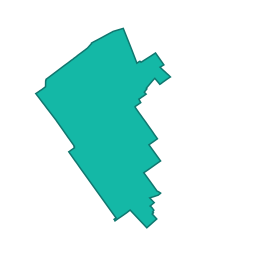 outline of Victoria, Braila, Romania, rotated 51°
{"feature_id": "2599482B65083865075040", "entity_name": "Victoria", "entity_type": "district", "adm_level": 2, "iso_a3": "ROU", "parent_name": "Romania", "parent_adm1": "Braila", "projection": "natural_earth1", "projection_center": [27.658, 44.813], "detail": "fine", "context": "isolated", "style": "filled", "palette": "teal", "viewbox_px": 256, "rotation_deg": 51, "n_neighbors": 0, "source": "geoboundaries", "source_scale": "gbopen_adm2", "svg_char_len": 2474}
<svg xmlns="http://www.w3.org/2000/svg" viewBox="0 0 256 256"><g transform="rotate(51 128 128)"><path d="M109.2,189.0L110.2,189.1L113.2,189.3L117.6,189.6L117.8,189.6L120.3,189.8L121.1,189.8L123.2,189.9L126.0,190.1L130.1,190.4L142.4,191.1L150.6,191.6L162.6,192.3L181.3,193.4L190.4,193.9L190.2,196.3L190.5,196.3L191.0,196.3L191.5,196.4L191.7,196.5L191.9,196.6L192.0,196.6L192.1,194.8L192.2,193.0L192.5,189.7L192.6,188.6L192.8,185.7L193.0,182.8L193.1,178.0L209.0,176.8L217.4,176.2L216.8,162.9L210.1,163.3L209.9,161.6L208.7,161.7L208.6,161.1L208.3,159.8L208.1,159.6L206.3,159.6L205.9,159.5L205.6,159.5L204.0,159.6L203.5,159.7L202.6,159.9L202.6,158.6L202.5,156.6L202.5,154.6L199.3,154.9L196.0,155.1L196.5,153.8L197.0,152.5L197.3,151.8L197.6,151.1L198.1,149.7L198.7,148.1L199.1,147.1L199.2,146.6L199.2,145.6L199.2,145.1L199.3,143.8L199.2,143.6L197.6,144.1L196.5,144.5L195.9,144.8L195.5,145.0L195.2,145.1L183.1,144.4L172.9,143.9L172.7,143.9L173.2,137.2L173.4,134.3L173.5,132.5L173.7,129.3L174.1,123.4L173.8,123.4L166.7,123.0L154.2,122.3L154.7,115.1L154.8,113.2L154.9,112.4L154.9,111.9L149.7,111.6L146.3,111.3L138.3,110.8L134.2,110.5L129.7,110.3L126.8,110.1L124.8,110.0L122.8,109.9L120.3,109.7L117.6,109.5L116.8,109.4L116.3,109.3L115.8,109.0L116.3,102.3L116.3,102.1L112.4,101.4L112.6,99.8L112.7,97.5L112.8,97.1L113.1,92.6L110.4,92.8L109.5,88.7L108.6,88.7L106.7,79.0L106.3,75.9L111.3,75.8L113.7,75.8L114.1,75.8L114.3,74.0L114.3,72.5L114.6,67.4L114.7,66.0L114.9,63.6L115.0,62.9L112.2,63.2L109.9,63.6L107.5,63.9L106.4,64.1L103.8,64.5L100.9,64.8L101.5,60.4L91.6,59.7L87.0,59.4L86.5,64.5L86.0,68.7L85.1,76.5L83.9,76.6L83.6,76.8L83.5,77.1L83.2,80.3L75.0,77.6L71.0,76.3L65.3,74.5L47.6,69.0L46.7,71.2L45.9,73.1L44.5,76.5L43.5,79.0L43.4,80.0L43.3,80.3L42.3,85.5L41.3,91.0L40.1,97.2L39.6,99.6L39.0,102.9L39.4,103.3L40.4,109.2L40.2,115.1L39.9,122.1L40.0,122.4L40.0,122.6L40.0,122.9L40.0,123.1L39.8,126.6L39.9,126.9L39.9,127.1L39.7,129.5L39.7,131.1L39.6,134.2L39.4,137.6L38.8,156.0L38.6,161.0L38.9,161.0L39.4,161.9L39.4,162.2L39.6,162.4L40.3,163.0L41.5,164.0L44.0,166.1L44.0,167.3L43.9,170.1L43.9,170.7L43.6,173.2L43.6,173.8L43.3,177.5L43.2,178.0L45.5,178.1L47.1,178.1L55.1,178.4L57.3,178.4L61.6,178.6L66.5,178.7L76.8,179.0L78.9,179.2L81.0,179.3L83.6,179.5L86.8,179.7L91.2,180.0L92.3,180.1L94.1,180.2L96.5,180.4L98.1,180.5L98.7,180.5L106.3,181.0L108.5,181.2L108.6,181.8L109.1,182.0L109.7,182.1L109.4,185.8L109.3,188.4L109.2,189.0Z" fill="#14b8a6" stroke="#0f766e" stroke-width="1.5"/></g></svg>